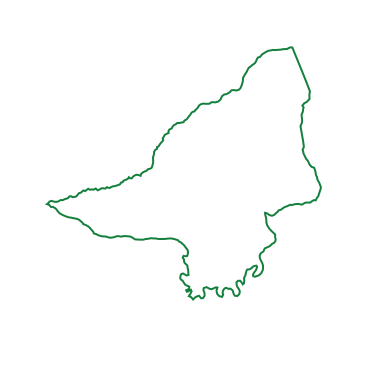 outline of Alto Taquari, Mato Grosso, Brazil, rotated 253°
{"feature_id": "56859067B17966611990253", "entity_name": "Alto Taquari", "entity_type": "district", "adm_level": 2, "iso_a3": "BRA", "parent_name": "Brazil", "parent_adm1": "Mato Grosso", "projection": "robinson", "projection_center": [-53.322, -17.773], "detail": "fine", "context": "isolated", "style": "outline", "palette": "green", "viewbox_px": 384, "rotation_deg": 253, "n_neighbors": 0, "source": "geoboundaries", "source_scale": "gbopen_adm2", "svg_char_len": 5212}
<svg xmlns="http://www.w3.org/2000/svg" viewBox="0 0 384 384"><g transform="rotate(253 192 192)"><path d="M224.8,316.3L226.4,317.5L227.7,318.1L234.0,319.4L236.1,321.3L238.3,322.3L240.4,323.5L242.4,322.8L243.1,324.0L244.1,325.3L244.5,328.0L245.8,330.2L246.5,331.5L251.0,332.8L253.7,334.2L262.6,333.6L265.0,333.4L274.6,332.6L300.9,330.2L301.6,328.0L301.0,324.9L301.4,322.9L302.0,320.9L302.1,319.0L302.5,317.0L303.0,315.1L303.4,313.0L304.1,311.4L304.3,309.8L304.5,308.1L304.7,306.2L304.3,303.4L303.6,301.2L303.0,299.0L302.1,297.8L301.2,296.3L301.4,294.5L300.2,293.0L298.7,291.9L297.0,290.1L296.2,288.2L295.8,286.6L294.9,284.9L294.2,282.6L292.7,281.0L291.6,280.1L290.4,278.8L289.2,277.3L287.6,275.6L286.3,274.2L284.6,273.6L282.9,272.9L280.0,271.1L278.6,269.9L277.0,268.6L276.1,266.6L276.1,264.0L277.3,261.7L277.7,259.5L276.5,257.5L276.0,255.8L275.5,253.7L275.8,251.2L275.0,249.0L273.9,247.8L272.5,246.7L271.7,245.6L270.8,243.2L270.9,240.5L271.6,238.8L272.2,236.8L271.3,234.7L271.7,233.0L272.2,231.2L273.3,228.4L273.3,225.7L272.3,223.6L271.0,222.3L270.0,220.6L269.3,219.0L268.3,218.0L268.5,216.1L267.8,214.5L266.5,213.1L265.4,211.4L264.4,210.0L263.1,208.3L262.5,205.6L261.2,204.3L261.5,202.3L261.7,200.0L262.3,198.0L261.5,196.2L261.3,194.5L260.2,192.6L258.8,191.2L258.3,188.5L257.2,187.4L255.3,186.9L255.0,184.6L254.6,182.7L253.3,181.3L251.7,179.6L250.0,179.7L249.0,178.4L248.3,177.1L247.2,175.4L245.4,173.4L245.2,171.7L243.7,171.3L243.0,169.3L241.5,167.4L239.7,167.0L237.8,165.7L236.4,164.8L234.4,164.3L231.5,163.5L229.5,162.2L228.2,161.5L226.9,160.4L226.5,158.6L226.7,156.7L225.6,154.8L225.4,152.2L224.9,150.1L224.1,148.6L222.5,147.6L223.7,146.0L224.6,144.5L224.7,142.8L224.1,140.4L222.7,138.4L223.3,136.7L224.6,135.9L223.5,134.7L223.1,133.1L222.9,131.2L222.8,129.7L221.6,128.6L221.8,126.8L220.5,125.5L220.2,123.3L220.2,121.3L220.2,119.8L220.5,118.2L220.4,116.2L219.9,114.7L220.5,113.2L221.5,112.1L220.6,110.0L221.5,108.2L222.0,106.5L221.5,104.8L221.2,102.3L223.5,100.9L223.0,98.3L223.8,97.1L223.9,95.2L225.4,93.7L225.0,92.2L224.1,90.3L225.2,88.6L224.7,87.2L223.8,85.5L224.0,83.7L222.7,81.8L221.5,79.7L221.9,76.5L223.2,75.1L223.7,73.6L222.7,72.2L222.3,70.5L222.4,68.4L222.0,66.1L222.7,64.0L222.2,62.0L222.0,60.5L222.8,57.8L223.6,56.5L224.7,54.8L224.4,52.7L223.3,51.2L222.8,49.8L221.3,51.8L219.0,52.7L218.3,54.8L216.7,56.3L215.0,57.3L213.0,57.9L210.3,59.2L207.7,61.7L205.8,64.0L204.2,66.0L203.0,68.5L201.9,70.4L201.0,72.2L199.8,74.4L198.3,76.0L194.5,78.4L193.1,78.6L191.7,80.5L189.8,82.4L188.4,83.4L185.1,84.9L183.0,85.9L181.0,86.0L180.0,87.8L178.1,89.7L176.7,91.7L175.9,93.0L174.7,96.4L172.6,99.5L172.0,101.1L171.6,103.8L171.7,107.2L171.3,108.7L170.0,111.3L169.7,114.3L168.7,117.0L168.0,118.6L167.4,120.1L165.6,121.9L163.4,123.6L161.7,128.1L160.6,131.8L160.6,133.9L160.1,136.3L159.8,139.3L158.9,141.5L158.1,143.9L157.1,145.7L156.3,148.0L155.9,149.5L155.4,151.0L154.9,153.1L154.3,156.3L153.7,158.5L152.2,161.3L151.1,162.9L150.0,164.5L148.6,165.0L147.0,166.7L143.1,169.0L140.6,169.8L138.4,170.7L136.3,170.8L134.4,170.1L132.3,168.8L132.4,167.1L133.4,165.3L132.0,163.9L129.8,164.6L128.3,164.2L126.3,164.2L123.1,166.1L120.4,165.6L118.0,165.4L115.9,164.9L113.7,164.4L113.7,162.5L116.7,159.6L116.7,157.9L115.4,156.6L112.9,155.5L111.5,155.8L109.9,157.1L107.5,157.7L104.9,158.6L103.6,160.3L102.2,161.8L100.2,160.8L99.8,157.7L98.2,157.9L98.0,159.5L98.9,162.3L97.2,162.6L94.9,160.5L93.4,158.5L91.7,160.4L90.5,161.0L88.9,161.6L90.2,164.0L90.7,166.1L90.7,168.4L87.7,169.7L87.3,171.5L89.0,173.6L90.5,174.2L91.9,174.4L93.9,174.3L95.5,174.4L96.7,175.2L96.8,178.0L95.4,179.5L94.2,180.6L93.3,182.4L93.9,187.2L93.1,188.4L90.7,186.6L87.3,186.3L85.8,186.9L84.3,187.8L82.9,190.1L84.7,191.8L86.5,191.8L88.5,192.7L90.2,194.8L90.4,196.7L88.6,198.7L88.4,200.4L86.0,202.1L81.9,202.1L80.3,202.6L79.3,205.0L80.5,207.3L82.7,208.6L84.9,208.6L88.1,207.6L89.9,207.5L92.6,208.1L93.6,210.0L93.1,212.1L91.0,213.0L88.8,213.6L89.5,215.0L92.3,216.2L94.4,216.5L97.0,218.9L98.8,219.8L100.8,221.1L101.7,222.3L101.2,224.0L101.7,226.6L102.9,228.6L103.0,230.3L102.7,232.0L101.4,232.4L99.9,231.4L98.8,230.5L96.7,227.7L95.3,226.3L93.7,225.9L92.6,227.3L92.6,229.4L92.8,231.7L94.2,234.6L96.8,237.0L99.4,238.0L101.0,238.4L102.7,238.4L104.1,238.3L107.4,237.7L109.1,237.6L111.1,238.0L112.6,239.0L113.6,240.6L114.3,243.0L115.9,244.2L116.8,245.3L117.2,248.5L117.5,250.3L118.1,251.8L119.0,253.4L119.3,255.5L120.5,257.2L121.9,258.1L124.6,258.3L127.1,259.1L131.5,256.6L134.4,255.2L138.1,254.2L140.6,254.2L142.4,254.5L144.2,255.1L146.2,255.3L149.0,255.4L150.7,255.8L149.9,257.3L148.5,258.4L147.2,259.5L145.9,261.5L146.0,263.7L147.3,266.4L148.0,268.1L149.1,269.4L149.1,272.1L149.9,274.1L150.5,276.2L150.6,278.8L151.1,281.8L150.3,284.2L150.3,286.7L149.8,289.1L149.4,290.6L148.4,292.1L147.8,293.7L148.2,295.3L148.7,297.4L148.0,299.8L147.3,302.0L148.1,303.9L148.6,306.4L147.8,307.8L149.6,309.5L151.2,311.6L157.8,316.2L159.1,316.7L161.4,316.5L163.8,316.4L165.6,315.9L167.6,315.6L169.9,315.9L171.3,315.6L172.9,315.6L174.7,315.9L176.5,316.1L179.5,315.9L181.0,313.8L183.9,312.4L186.3,312.2L188.3,311.8L190.6,310.7L192.7,310.5L196.1,309.9L197.8,310.1L200.3,310.2L201.8,311.8L203.1,312.3L207.9,313.1L223.3,315.0L224.8,316.3Z" fill="none" stroke="#15803d" stroke-width="2"/></g></svg>